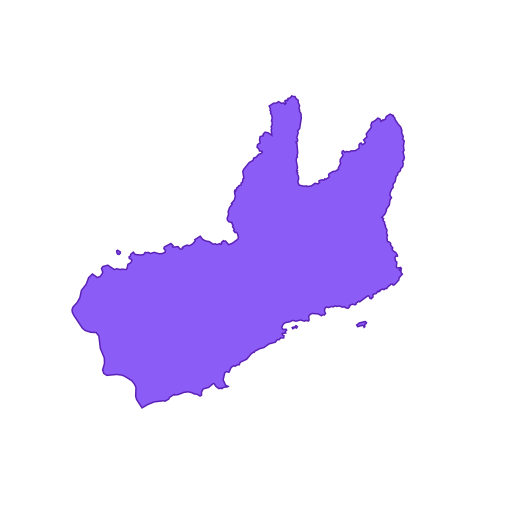 Santa Bárbara de Samaná, Samaná, Dominican Republic, rotated 327°
{"feature_id": "3306468B43421780768425", "entity_name": "Santa Bárbara de Samaná", "entity_type": "district", "adm_level": 2, "iso_a3": "DOM", "parent_name": "Dominican Republic", "parent_adm1": "Samaná", "projection": "orthographic", "projection_center": [-69.295, 19.263], "detail": "fine", "context": "isolated", "style": "filled", "palette": "violet", "viewbox_px": 512, "rotation_deg": 327, "n_neighbors": 0, "source": "geoboundaries", "source_scale": "gbopen_adm2", "svg_char_len": 6142}
<svg xmlns="http://www.w3.org/2000/svg" viewBox="0 0 512 512"><g transform="rotate(327 256 256)"><path d="M76.0,230.1L80.3,233.2L80.6,237.6L75.1,248.8L73.3,258.8L70.4,263.6L65.3,268.0L64.4,271.5L65.8,274.8L74.7,279.5L78.5,282.7L80.4,285.4L83.9,292.9L84.3,296.9L83.8,300.8L78.7,308.1L77.7,311.3L77.7,321.3L84.4,321.6L91.2,322.9L99.9,327.2L100.5,328.2L104.9,328.5L106.4,327.5L112.0,327.5L112.0,328.2L115.1,329.8L121.6,331.2L125.3,333.1L127.5,335.4L129.4,338.4L131.2,339.7L132.8,343.0L134.6,343.0L136.2,340.4L139.3,338.7L144.6,340.4L150.5,339.7L151.4,340.1L151.4,343.7L152.6,347.0L155.1,347.9L155.1,348.6L157.6,348.6L160.7,350.2L161.6,350.2L160.1,347.9L161.0,342.0L166.0,337.1L168.2,336.8L170.0,338.8L174.1,336.1L176.2,335.8L177.8,336.1L178.4,337.1L181.2,337.1L182.7,338.1L184.9,336.5L192.0,337.5L198.3,335.5L201.0,335.2L202.0,335.8L203.2,335.2L208.8,335.8L212.8,337.1L219.0,336.8L225.2,338.8L228.3,337.8L229.9,338.8L232.1,338.1L234.6,339.8L236.1,338.1L235.2,336.5L235.8,335.2L238.9,336.8L239.2,335.5L241.4,334.8L241.4,333.9L238.6,332.2L238.6,329.9L242.0,327.9L244.5,327.9L248.5,329.6L251.6,329.9L254.1,332.5L258.4,333.9L261.2,337.1L262.5,337.1L264.6,339.1L265.6,338.7L267.4,335.2L269.6,334.5L271.8,334.8L276.7,338.5L278.3,341.7L280.2,341.7L281.1,342.7L283.0,342.1L283.3,339.8L285.1,337.5L287.3,337.1L288.8,338.8L291.6,339.4L293.2,340.8L295.1,340.8L296.0,342.1L298.8,343.4L300.6,346.0L302.8,347.0L302.8,348.0L304.7,350.0L306.8,349.6L307.2,348.6L309.3,348.6L311.2,349.3L312.4,350.9L313.7,350.9L314.6,350.0L317.7,350.0L318.0,350.9L328.3,350.3L328.9,350.9L328.6,353.6L329.2,354.6L331.7,354.2L333.2,351.9L336.6,352.9L338.8,351.9L339.4,352.9L340.7,352.9L340.7,352.3L344.1,352.6L345.0,353.9L346.6,353.6L347.8,354.5L350.0,353.6L354.0,353.2L355.2,353.9L355.2,355.2L356.5,355.5L362.7,353.9L364.2,352.2L368.9,350.9L368.6,349.0L369.8,347.0L369.2,347.3L368.6,345.7L369.8,345.3L370.1,346.3L371.1,345.7L371.1,344.4L368.0,343.0L367.7,341.7L370.8,337.8L370.4,335.8L371.7,332.9L373.2,332.2L374.5,333.2L375.1,332.2L375.1,329.2L373.9,326.6L373.8,324.3L375.1,323.7L374.8,320.0L375.7,319.1L375.7,317.4L374.2,315.4L376.0,311.5L377.6,310.2L377.9,307.9L380.0,305.6L380.3,302.3L381.3,300.7L381.0,299.7L382.2,297.7L381.9,295.1L383.4,294.1L382.5,292.1L386.9,291.1L390.3,288.8L390.6,287.8L395.5,285.9L399.0,281.9L401.4,280.9L401.4,278.0L403.0,276.0L406.4,273.7L408.2,273.4L409.2,271.4L410.7,270.1L413.2,269.4L416.9,265.5L418.8,265.2L420.3,263.5L423.4,263.2L425.0,261.5L427.8,260.9L429.6,258.9L430.9,256.0L432.1,256.0L434.0,254.3L436.1,248.7L437.7,248.1L439.5,244.1L443.0,240.2L442.6,237.9L444.5,236.2L445.4,231.6L446.7,230.3L447.6,226.7L447.0,222.4L447.0,217.2L447.6,215.5L447.0,213.2L447.6,212.9L445.7,210.0L441.1,210.0L439.2,211.6L437.0,211.6L436.7,210.9L434.2,211.3L434.6,208.6L433.3,206.7L429.9,207.3L425.9,207.0L423.4,209.0L422.8,210.9L415.0,213.6L413.8,216.5L409.5,217.2L409.5,220.2L408.5,220.8L405.7,220.5L405.7,218.5L404.5,218.2L402.9,218.9L401.1,221.8L396.7,221.8L392.7,219.5L390.9,219.5L388.7,217.5L387.1,217.5L386.5,215.2L385.3,215.2L384.0,216.6L384.0,218.5L383.4,219.2L379.4,220.8L377.8,222.8L377.5,224.4L372.9,227.1L372.6,228.1L368.5,228.1L367.0,227.1L362.3,226.8L361.1,227.4L360.5,229.4L359.2,229.7L356.4,229.7L355.8,228.7L354.3,229.4L353.0,228.1L350.9,227.4L349.6,227.4L349.3,229.1L347.1,229.1L345.0,227.1L340.6,227.4L336.6,225.5L336.6,224.8L334.1,223.5L330.7,219.9L331.6,216.3L333.8,214.6L335.0,212.3L335.3,209.7L336.3,209.0L336.0,207.4L337.2,207.1L336.9,206.1L338.8,204.8L341.9,197.5L343.7,195.6L344.6,195.6L345.3,193.9L347.1,192.3L351.5,184.1L351.2,183.1L351.8,182.1L353.0,182.7L354.3,181.1L354.6,179.1L358.6,175.5L358.9,173.9L362.0,172.9L369.1,165.0L371.3,161.0L371.3,158.1L372.2,157.4L372.5,155.5L374.4,153.8L375.0,150.2L376.2,148.2L375.3,145.9L375.6,143.6L373.1,141.7L373.8,141.0L370.7,142.0L368.5,141.3L367.6,142.7L366.6,142.7L366.3,141.7L364.5,141.7L364.2,144.3L362.9,144.6L362.6,142.7L360.4,141.7L358.9,138.7L356.7,139.0L353.9,137.4L348.7,137.4L348.3,140.4L347.1,141.4L347.1,143.0L345.9,144.3L345.9,146.6L344.6,149.2L342.5,151.2L342.8,151.9L340.9,154.8L339.1,155.8L338.7,157.5L337.5,158.4L335.0,163.4L333.2,159.1L331.0,157.1L328.2,157.8L327.6,159.1L324.5,158.1L322.3,160.4L321.1,163.4L318.0,163.4L316.1,165.3L316.7,168.0L316.1,169.9L318.0,171.3L318.0,172.2L316.4,172.9L313.6,172.2L309.9,173.2L307.4,172.6L305.6,174.2L301.2,173.9L293.2,176.5L291.0,177.8L288.2,184.1L287.3,184.1L284.8,186.7L283.3,186.7L282.3,188.3L279.9,187.7L279.2,188.3L277.1,188.3L275.8,189.6L274.0,189.3L273.3,190.0L274.0,190.6L272.4,191.3L271.2,194.6L268.4,197.2L264.0,198.5L264.3,199.5L260.0,201.1L256.6,203.8L255.7,206.1L252.3,208.7L251.6,210.3L251.9,212.6L254.1,214.9L253.5,215.6L253.5,217.9L252.3,218.6L252.3,221.8L251.0,222.5L251.3,225.1L252.6,225.5L252.6,227.4L251.3,231.0L249.8,232.0L243.4,232.4L239.2,231.7L238.6,226.8L237.1,226.1L237.1,225.5L235.5,225.5L234.0,226.1L233.7,227.1L232.7,227.1L232.1,225.8L229.3,225.1L228.4,223.5L226.5,222.8L224.7,218.5L221.9,215.9L220.3,213.0L220.0,209.0L213.5,209.0L213.2,210.3L209.8,211.3L207.0,211.3L205.1,210.7L204.2,209.3L200.8,208.7L198.9,208.7L198.6,209.7L197.4,209.7L196.1,208.7L195.8,205.7L191.2,203.4L191.2,202.4L192.1,202.1L191.5,199.2L184.1,198.5L182.8,199.5L183.1,201.8L181.9,203.4L178.5,202.8L176.0,201.4L172.6,197.5L168.9,196.5L167.6,194.2L165.8,193.6L165.1,192.6L162.4,193.6L159.6,192.2L155.5,188.9L155.2,186.0L152.1,186.3L150.6,187.6L149.0,187.6L148.4,189.3L149.6,190.6L149.6,191.9L147.2,193.5L144.1,193.2L140.7,196.5L139.4,196.5L136.3,193.9L134.8,193.5L132.3,190.9L129.8,190.2L126.7,183.0L121.8,181.4L119.6,182.3L118.7,186.0L117.7,186.9L114.3,188.3L111.2,187.6L109.0,182.0L103.9,183.0L98.0,187.3L90.8,189.8L85.6,195.0L80.7,197.6L74.8,199.1L72.5,200.8L71.4,202.9L70.9,206.4L71.1,222.2L72.2,225.5L76.0,230.1ZM306.2,368.4L302.8,368.7L302.8,370.7L307.2,372.0L308.4,373.3L307.8,374.6L308.7,374.6L309.9,372.6L311.8,372.6L312.4,372.0L311.8,370.3L306.2,368.4ZM143.1,175.8L141.9,175.8L141.0,177.8L141.0,179.1L141.9,180.1L143.8,179.7L144.4,178.8L143.1,175.8ZM248.5,335.8L247.3,335.8L247.3,337.1L249.8,337.1L250.7,338.5L252.2,337.8L251.6,336.2L248.8,336.8L248.5,335.8Z" fill="#8b5cf6" stroke="#5b21b6" stroke-width="1.5"/></g></svg>